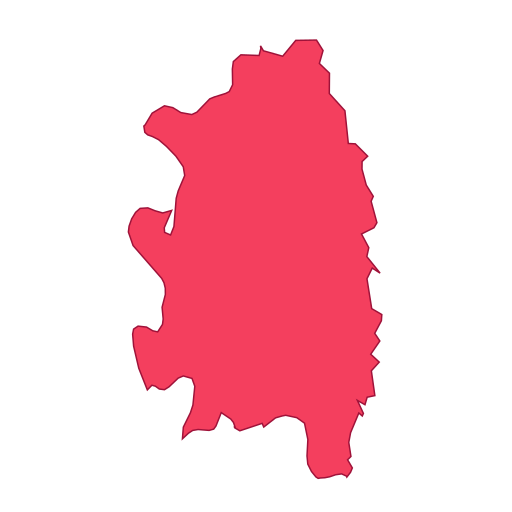 outline of Antwerp, rotated 273°
{"feature_id": "BEL-3480", "entity_name": "Antwerp", "entity_type": "Province", "adm_level": 1, "iso_a3": "BEL", "parent_name": "Belgium", "parent_adm1": "", "projection": "robinson", "projection_center": [4.639, 51.244], "detail": "fine", "context": "isolated", "style": "filled", "palette": "rose", "viewbox_px": 512, "rotation_deg": 273, "n_neighbors": 0, "source": "natural_earth", "source_scale": "10m", "svg_char_len": 1964}
<svg xmlns="http://www.w3.org/2000/svg" viewBox="0 0 512 512"><g transform="rotate(273 256 256)"><path d="M273.3,127.3L279.2,127.7L286.6,129.9L293.3,133.5L297.5,137.8L298.4,145.5L295.9,152.8L294.1,160.6L297.1,169.4L279.4,162.9L274.8,163.5L272.5,169.6L281.1,172.5L309.5,173.3L316.9,174.9L332.6,180.6L341.3,178.7L351.5,170.8L360.8,160.8L367.1,152.6L369.9,146.3L371.3,141.5L373.7,138.5L379.9,137.2L381.1,138.4L393.2,144.8L401.2,156.7L399.8,165.2L395.3,173.4L393.9,184.5L396.5,189.4L410.5,201.6L412.6,206.0L416.8,217.3L418.8,220.7L425.8,223.7L441.5,222.6L449.0,223.2L456.1,230.4L456.4,248.6L463.5,250.0L466.1,249.5L461.3,252.7L456.9,272.2L473.4,284.4L474.8,305.1L464.7,312.2L451.6,309.2L442.4,319.8L422.1,320.7L405.7,337.2L373.2,342.3L373.2,349.3L361.5,362.3L355.9,357.0L348.3,357.3L332.6,362.4L321.7,370.0L316.7,368.1L295.6,375.0L290.4,372.3L283.5,360.2L270.2,368.2L261.2,366.7L245.4,380.8L250.0,372.7L239.1,368.0L209.5,374.3L204.1,384.7L197.9,384.6L185.0,378.6L177.6,384.1L163.9,375.7L156.5,384.6L147.4,377.2L122.8,382.0L120.8,374.4L113.2,372.6L117.1,364.8L104.4,371.5L101.8,370.5L104.6,366.9L84.5,359.7L74.7,358.4L60.8,361.3L57.3,358.1L49.4,363.3L44.9,361.7L40.0,358.3L40.9,357.9L42.9,352.9L41.7,346.9L39.4,341.2L38.2,336.4L37.7,331.9L37.2,329.7L38.5,327.4L43.7,322.7L50.9,318.6L59.0,317.4L75.4,317.4L91.6,313.2L96.7,305.2L98.5,294.0L97.6,290.4L95.4,284.0L85.6,272.7L89.2,270.9L80.6,249.0L83.2,243.9L84.7,243.0L83.9,244.1L88.6,242.2L91.9,239.3L97.8,229.5L84.1,224.9L80.9,222.8L79.4,218.3L79.7,207.2L78.5,201.9L75.5,197.8L69.6,192.1L77.7,192.3L81.3,192.4L96.0,198.7L103.8,200.8L122.7,201.7L130.4,198.5L132.4,189.7L130.0,184.7L120.9,176.1L117.7,171.6L118.1,166.4L120.7,162.4L121.5,158.8L116.6,154.5L137.8,144.8L159.6,138.5L171.5,136.9L176.6,137.6L179.8,141.9L179.3,150.4L175.9,156.8L175.1,161.8L182.8,166.2L188.2,166.6L199.9,164.9L212.8,167.5L219.1,167.1L224.5,165.5L228.7,163.0L260.0,132.7L273.3,127.3Z" fill="#f43f5e" stroke="#9f1239" stroke-width="1.5"/></g></svg>